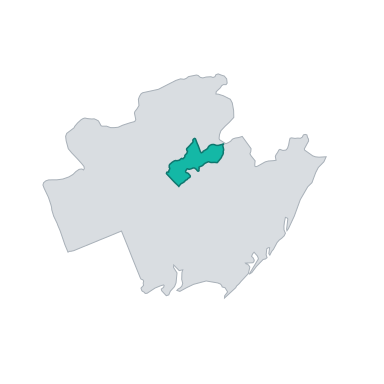 Lolo-Bouenguidi, Ogooué-Lolo, Gabon (highlighted), rotated 248°
{"feature_id": "22940354B13456808053161", "entity_name": "Lolo-Bouenguidi", "entity_type": "district", "adm_level": 2, "iso_a3": "GAB", "parent_name": "Gabon", "parent_adm1": "Ogooué-Lolo", "projection": "natural_earth1", "projection_center": [12.301, -1.15], "detail": "fine", "context": "in_parent", "style": "filled", "palette": "teal", "viewbox_px": 384, "rotation_deg": 248, "n_neighbors": 0, "source": "geoboundaries", "source_scale": "gbopen_adm2", "svg_char_len": 6672}
<svg xmlns="http://www.w3.org/2000/svg" viewBox="0 0 384 384"><g transform="rotate(248 192 192)"><path d="M257.1,60.6L256.9,63.7L253.9,71.3L252.4,77.1L252.1,83.4L252.9,88.4L254.4,91.9L255.3,95.8L254.6,98.5L253.1,99.7L254.1,101.0L256.3,101.4L260.1,100.2L265.9,98.1L273.4,95.1L278.4,93.5L286.6,94.5L291.0,95.7L293.3,97.8L295.7,106.7L296.9,108.0L298.9,111.8L300.6,116.4L300.9,118.7L300.7,120.4L299.1,122.8L297.2,126.5L296.5,128.7L294.9,130.3L292.9,131.9L287.5,132.5L286.6,133.5L285.1,137.4L282.2,140.6L280.9,143.7L279.7,147.8L279.9,153.0L279.4,160.3L278.8,165.3L280.2,167.0L286.8,168.2L288.0,169.2L289.8,172.3L292.0,175.2L298.0,177.0L300.4,179.2L302.2,181.7L302.5,183.6L301.1,191.6L299.8,199.3L300.3,205.1L300.8,210.7L301.5,218.8L301.2,223.8L299.5,226.8L299.5,229.2L300.3,232.0L298.8,239.9L297.8,241.3L295.1,242.7L293.7,244.8L293.3,248.2L291.8,252.7L290.3,254.4L290.3,256.5L291.8,258.1L291.7,260.5L289.1,263.3L287.4,265.4L283.9,266.5L279.8,265.4L278.8,263.8L279.8,261.4L279.5,259.4L278.0,257.3L275.9,252.0L273.9,250.9L272.8,253.1L269.5,257.1L263.6,262.3L259.5,262.7L251.9,261.1L245.5,258.7L242.6,252.6L240.7,247.6L238.0,241.8L234.9,239.0L231.6,237.2L230.2,237.1L225.5,240.4L224.1,241.6L224.2,244.4L224.6,246.9L225.3,248.1L225.9,249.7L225.8,252.3L225.0,255.7L224.7,259.4L210.1,263.0L207.5,261.7L205.7,260.0L203.5,260.3L197.2,262.2L194.8,260.9L192.5,259.9L191.5,260.8L191.4,262.4L192.5,271.1L192.1,274.5L190.7,278.8L189.9,281.8L193.8,282.6L195.2,284.0L196.6,286.2L198.4,288.3L198.6,289.5L196.5,291.8L195.7,294.7L196.7,296.9L199.4,299.2L203.2,301.6L205.1,303.1L204.9,304.6L203.1,307.6L202.4,310.2L201.2,312.6L201.5,314.7L203.2,316.7L203.0,318.5L201.9,319.9L199.5,319.6L197.4,319.8L195.6,319.2L189.9,312.3L188.7,312.1L180.4,317.4L178.4,319.6L176.7,322.8L174.4,329.6L170.6,325.6L167.4,318.3L163.6,313.9L155.7,306.7L153.5,301.3L144.4,289.6L131.4,277.9L121.9,267.7L120.5,265.5L122.1,265.8L131.2,270.8L132.5,270.3L133.5,269.1L129.6,266.5L125.8,264.4L122.3,263.1L118.8,263.2L116.8,261.0L115.5,257.8L114.8,255.0L113.3,252.0L108.3,246.0L107.1,243.7L104.3,240.5L106.0,240.1L111.3,243.1L111.8,241.9L111.4,240.1L106.0,237.2L103.0,237.0L102.4,235.0L102.8,232.7L98.9,223.9L94.9,217.3L94.3,214.2L105.1,228.5L106.5,228.7L108.4,228.6L112.9,227.0L112.0,225.1L110.0,223.1L108.1,224.0L105.5,224.2L104.2,223.3L103.6,221.9L106.1,214.9L105.0,215.3L104.2,216.5L102.8,217.1L100.7,217.5L95.3,213.7L90.6,203.7L89.4,201.6L88.1,198.1L86.9,196.7L81.5,182.4L83.6,183.5L86.0,187.6L90.8,186.8L92.7,184.4L94.3,184.5L96.0,183.9L98.1,181.7L104.2,171.8L105.8,158.9L105.3,151.2L104.4,143.5L106.4,141.1L107.2,142.7L107.6,145.4L108.6,147.4L110.8,149.2L114.8,149.7L121.1,152.5L123.3,154.3L123.9,150.7L131.2,147.7L129.0,146.6L122.6,147.8L113.8,143.2L110.8,140.3L108.1,134.7L105.3,131.9L105.5,129.3L111.8,126.9L113.5,127.1L114.2,130.0L115.9,131.2L116.5,130.8L116.8,128.3L116.8,121.8L114.9,112.4L115.5,110.6L117.2,110.0L118.7,108.7L119.8,108.5L122.0,108.7L123.0,110.9L123.6,112.1L125.8,112.6L127.5,113.8L129.1,113.5L130.3,112.1L132.2,111.9L138.0,111.9L143.2,111.9L153.6,111.9L164.0,112.0L174.4,112.0L182.2,112.0L182.2,106.7L182.1,98.4L182.1,88.7L182.0,79.3L182.0,70.6L181.9,60.4L182.4,57.4L182.9,56.2L182.7,54.5L190.7,54.4L205.3,55.2L211.7,55.1L213.5,55.2L221.4,54.7L227.9,55.3L230.6,56.1L233.1,56.4L240.8,56.9L250.9,56.3L254.3,56.4L256.2,57.9L257.1,60.6Z" fill="#d9dde1" stroke="#a8b0b8" stroke-width="1"/><path d="M202.1,181.9L202.4,182.3L202.7,182.9L203.1,183.5L203.4,184.2L203.8,185.0L203.9,185.9L203.9,186.6L204.0,187.2L204.2,187.7L204.3,188.2L204.3,188.8L204.5,189.1L204.7,189.4L204.9,189.7L205.1,190.1L205.3,190.5L205.3,191.1L205.3,191.8L205.4,192.2L205.6,192.6L205.9,193.0L206.2,193.7L206.2,194.1L206.3,194.9L206.4,195.5L206.7,195.9L207.1,196.2L207.4,196.4L207.8,196.4L208.3,196.3L208.6,196.2L209.0,196.0L209.3,195.8L209.8,195.8L210.5,195.6L211.2,195.0L211.7,194.5L211.9,194.1L212.2,193.9L212.5,193.7L212.9,193.7L213.3,193.7L213.8,193.9L214.1,194.1L214.4,194.4L214.4,194.7L214.6,195.2L214.8,195.4L215.1,195.7L215.2,195.9L215.3,196.4L215.0,196.8L214.7,197.0L214.4,197.4L214.1,197.9L214.0,198.4L213.9,199.2L213.8,200.5L213.9,201.5L213.8,202.0L213.6,202.7L213.3,203.3L213.0,203.6L212.7,203.7L212.3,203.8L211.9,204.1L211.6,204.4L211.1,204.6L210.3,204.7L209.8,204.9L209.4,205.0L209.0,205.4L208.9,205.8L209.0,206.3L209.2,206.5L209.6,206.7L210.2,206.8L210.5,207.0L210.9,207.2L211.2,207.5L211.6,207.6L212.0,207.6L212.3,207.8L212.5,208.0L212.5,211.2L212.6,211.6L212.7,212.1L213.0,212.7L213.3,213.4L213.5,213.9L213.6,214.4L213.8,215.1L213.8,215.9L213.9,216.8L213.9,217.9L213.9,218.6L213.7,218.9L213.3,219.4L212.6,220.1L212.2,220.8L211.8,221.7L211.6,222.4L211.3,223.2L211.1,223.8L210.6,224.8L209.8,226.3L209.9,226.7L210.1,227.2L210.4,227.5L210.7,227.9L210.8,228.4L211.4,229.4L211.9,230.3L212.2,231.0L212.6,231.6L213.2,232.4L213.7,232.8L214.0,233.2L214.5,233.7L214.8,234.3L215.2,234.7L216.2,235.5L216.7,235.8L217.3,235.8L217.7,236.0L218.2,236.4L218.7,236.8L219.4,237.2L220.2,237.4L221.4,237.6L222.9,237.8L223.9,238.1L224.6,239.2L224.9,239.0L224.9,238.7L224.8,237.8L225.0,236.7L225.2,235.1L225.3,234.1L225.8,232.7L226.1,232.1L226.6,231.4L227.2,230.9L227.9,230.0L228.2,229.3L228.6,228.0L228.6,226.9L228.5,226.0L228.2,225.1L228.0,224.5L227.6,224.0L227.2,223.5L226.6,222.8L226.3,222.0L226.1,221.2L225.9,219.8L225.7,218.5L225.7,217.8L225.3,217.3L224.9,216.9L224.9,216.2L224.8,215.5L225.1,215.1L226.2,214.9L227.6,214.9L229.4,215.0L232.5,215.1L235.1,215.0L238.7,215.1L240.0,215.1L240.7,214.6L240.7,214.0L240.5,213.2L239.9,212.3L239.1,212.0L238.4,211.9L237.9,211.4L237.4,210.5L237.0,209.3L236.0,207.5L235.4,206.1L235.0,205.2L234.6,204.3L234.4,203.7L234.1,203.3L233.9,203.1L233.4,202.9L232.9,202.9L232.3,202.8L232.1,202.9L231.8,203.1L231.5,203.1L231.1,202.8L230.7,202.4L230.2,202.1L229.9,201.8L229.5,201.1L229.3,200.6L229.2,200.2L229.0,199.8L228.6,199.2L228.4,199.0L227.9,198.8L227.4,198.6L227.0,198.1L226.8,197.6L226.6,197.1L226.5,196.7L226.2,196.3L226.2,196.0L226.5,195.7L226.7,195.4L227.0,195.1L227.0,194.6L226.9,194.1L226.7,193.7L226.6,193.1L226.4,192.8L226.2,192.4L226.3,191.9L226.4,191.3L226.5,190.6L226.6,189.8L226.8,189.4L227.2,188.9L227.4,188.2L227.4,187.6L227.4,186.8L227.3,186.0L227.1,185.3L227.0,184.6L226.6,183.5L226.4,182.9L226.2,182.2L226.0,181.9L225.7,181.4L225.4,181.0L225.0,180.8L224.5,180.6L224.2,180.5L223.9,180.3L223.7,180.2L223.4,180.1L223.2,180.1L222.9,180.3L222.6,180.3L222.1,180.2L221.7,179.9L221.2,179.4L220.8,179.0L220.4,178.5L220.0,178.2L219.7,178.0L219.4,177.9L219.2,177.8L219.2,177.5L219.4,177.2L219.7,176.8L219.7,176.2L219.7,175.9L219.4,175.7L218.9,175.4L218.6,175.2L216.5,176.0L213.4,177.2L209.5,178.7L207.0,179.7L203.6,181.3L202.1,181.9Z" fill="#14b8a6" stroke="#0f766e" stroke-width="1.5"/></g></svg>